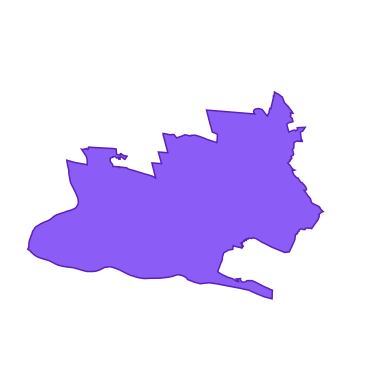 Sēlpils pag., Salas, Latvia, rotated 206°
{"feature_id": "27541924B86071798141499", "entity_name": "Sēlpils pag.", "entity_type": "district", "adm_level": 2, "iso_a3": "LVA", "parent_name": "Latvia", "parent_adm1": "Salas", "projection": "equal_earth", "projection_center": [25.628, 56.531], "detail": "fine", "context": "isolated", "style": "filled", "palette": "violet", "viewbox_px": 384, "rotation_deg": 206, "n_neighbors": 0, "source": "geoboundaries", "source_scale": "gbopen_adm2", "svg_char_len": 5825}
<svg xmlns="http://www.w3.org/2000/svg" viewBox="0 0 384 384"><g transform="rotate(206 192 192)"><path d="M314.6,68.6L312.2,68.3L310.4,67.6L308.3,66.9L305.5,66.2L302.8,65.9L299.3,66.2L295.3,66.8L292.8,67.3L289.5,67.7L282.8,67.5L280.4,67.6L277.1,68.2L273.7,69.1L265.8,71.8L262.1,72.6L254.1,73.9L251.1,74.7L248.4,76.0L245.5,77.5L243.2,79.1L240.9,81.4L237.4,86.0L234.5,87.9L232.3,89.1L229.7,89.6L226.3,90.0L222.7,90.2L219.0,90.1L213.6,90.1L210.5,90.2L203.1,91.4L197.1,93.2L190.9,96.5L183.0,100.5L175.6,105.2L171.9,108.2L170.3,109.9L168.5,111.5L166.1,112.2L163.7,112.7L159.6,112.5L157.5,111.4L156.4,111.5L150.3,112.0L144.2,113.2L140.5,115.7L136.1,118.2L128.9,120.5L119.1,123.1L106.4,126.6L97.9,128.6L89.5,128.9L80.7,129.5L73.2,131.1L74.3,133.7L75.1,135.2L76.7,139.0L78.4,138.8L81.7,138.8L85.1,138.6L87.3,138.6L88.9,138.7L91.3,138.7L94.7,138.8L99.1,138.7L103.6,136.5L105.2,134.1L107.5,133.0L108.3,133.4L109.0,133.6L109.8,134.2L110.1,134.5L110.5,135.1L110.5,135.4L114.1,133.2L110.1,131.9L113.4,131.4L113.7,131.5L114.7,131.6L116.9,131.8L118.1,131.8L121.0,131.3L122.7,131.1L128.8,131.0L131.4,131.2L134.0,131.8L134.9,140.3L134.9,143.2L135.5,145.7L136.1,146.7L136.8,151.2L133.9,155.7L130.5,158.1L130.2,158.4L131.4,161.7L129.1,162.1L124.2,163.2L122.8,163.4L122.4,163.6L122.3,164.0L123.0,164.6L123.0,164.8L122.7,165.1L122.2,165.3L122.1,165.5L122.2,165.9L122.4,165.9L123.4,165.7L123.9,165.9L123.9,166.1L123.5,166.7L123.6,166.9L123.7,167.0L123.9,167.0L124.8,167.1L125.1,167.2L125.3,167.3L124.7,167.5L124.4,167.7L124.5,167.9L125.0,168.1L125.1,168.4L125.0,168.5L124.7,168.8L124.6,169.4L124.5,169.5L123.7,169.9L123.4,170.3L123.5,170.6L124.1,170.5L124.0,170.9L123.4,171.2L123.1,171.5L123.6,171.9L123.7,172.0L123.1,172.6L122.4,172.4L122.1,172.4L122.5,172.9L122.4,173.0L122.1,173.3L122.4,174.0L122.2,174.1L121.5,174.1L121.1,174.2L120.9,174.4L120.8,174.6L120.9,174.9L120.9,175.1L119.9,175.7L118.0,176.4L117.2,177.6L113.6,178.2L106.8,177.5L104.6,177.6L95.9,177.4L82.2,178.3L80.5,179.4L80.5,179.5L78.3,180.8L78.4,185.1L78.3,186.5L78.5,187.6L78.5,190.6L78.6,193.5L78.6,194.0L79.4,196.4L80.2,198.5L80.2,199.2L80.0,199.6L79.5,199.7L79.0,201.1L79.4,201.8L79.5,202.1L79.4,202.3L79.1,202.6L79.2,202.8L79.2,203.2L79.1,203.5L78.8,203.8L78.6,204.0L79.0,204.7L79.0,204.8L79.0,205.0L78.5,205.8L77.7,206.7L77.4,206.9L76.9,207.0L75.9,206.9L74.9,207.3L74.0,207.7L73.9,207.9L74.1,208.2L74.1,208.8L73.8,209.3L72.7,210.2L72.1,210.5L71.0,210.7L70.1,211.2L69.3,211.5L68.4,211.5L67.3,218.5L66.8,220.8L66.6,222.4L66.7,223.2L66.9,225.8L67.9,227.6L68.1,227.6L66.7,230.6L65.5,231.9L68.5,232.8L69.4,233.3L70.4,234.2L71.2,234.6L76.1,234.6L77.6,234.6L79.3,234.7L79.7,234.9L80.6,235.4L80.7,235.7L82.4,237.7L82.8,238.0L86.4,239.5L88.2,240.7L90.5,241.8L92.0,242.5L90.8,243.0L90.5,243.3L90.3,244.9L92.1,246.4L93.8,247.3L97.3,248.7L98.5,248.4L100.6,249.7L103.0,251.0L104.2,250.8L105.1,251.0L106.6,251.6L108.4,252.3L111.1,254.9L109.3,256.7L111.8,256.5L111.9,257.1L113.1,257.4L115.7,259.0L118.7,260.1L117.8,261.9L117.8,262.0L117.4,262.9L117.4,263.5L118.0,263.7L117.0,265.7L117.3,266.4L118.6,267.4L118.0,268.4L117.2,269.4L117.3,270.7L118.2,271.7L118.9,272.7L119.5,273.3L120.4,274.0L119.8,276.0L121.9,281.2L121.5,281.9L120.4,283.3L119.4,284.2L118.5,284.2L115.6,285.5L116.3,285.9L115.4,286.3L116.4,287.2L116.9,287.3L120.8,293.3L119.1,295.5L118.6,299.8L124.8,296.4L125.6,295.8L124.5,294.3L125.6,292.4L126.1,292.8L127.2,292.5L129.0,290.9L131.2,288.3L136.4,294.2L136.1,295.6L135.2,296.8L133.6,298.2L132.1,299.4L132.7,300.4L133.0,300.6L134.3,302.2L136.7,302.8L137.0,304.0L136.7,304.5L138.2,306.2L135.7,307.0L137.5,308.2L143.1,310.9L143.0,311.0L148.0,312.8L152.6,317.1L153.4,317.0L155.3,317.5L156.2,317.5L156.7,317.8L158.3,317.9L159.3,317.7L161.7,318.1L160.3,314.3L161.0,313.9L160.3,312.9L159.2,308.1L157.7,301.6L158.6,301.5L158.1,298.4L157.5,297.0L157.7,295.1L157.6,294.4L157.4,293.7L157.6,293.3L159.1,293.9L165.1,296.9L168.9,296.2L171.2,294.5L171.5,294.1L172.0,293.2L172.1,292.1L172.0,291.5L170.8,289.9L169.9,289.6L214.9,272.0L205.6,261.1L203.4,258.7L200.1,254.8L194.5,255.1L192.9,251.4L191.3,247.3L199.2,246.2L202.3,245.8L205.0,245.7L209.6,245.2L213.9,244.5L217.6,242.6L217.7,241.8L223.5,240.3L225.9,237.5L229.6,233.9L230.3,234.3L231.3,234.7L233.3,235.8L235.0,235.0L236.2,234.2L236.7,233.9L237.9,233.5L239.8,233.1L243.7,232.0L243.2,231.0L230.9,216.7L239.8,213.2L231.8,204.1L240.8,200.6L230.9,188.7L234.9,188.8L239.1,188.2L242.5,187.5L253.6,185.8L259.5,184.7L261.4,185.1L267.9,182.8L267.6,182.5L267.5,182.3L267.6,182.2L268.0,182.0L268.3,182.2L268.7,182.6L274.4,180.3L275.5,182.0L278.8,183.6L280.4,186.6L278.4,188.5L278.7,188.9L276.5,190.3L274.5,189.5L273.5,190.5L273.3,190.8L272.8,190.2L272.3,189.4L271.1,189.9L271.2,190.0L271.4,190.7L272.0,191.2L272.0,191.4L270.5,192.6L267.4,191.8L266.9,191.8L266.8,192.0L266.4,192.6L266.5,192.9L266.2,194.6L266.1,194.9L266.0,195.3L266.0,195.7L266.1,195.8L268.6,195.0L270.6,194.9L272.3,195.4L272.9,195.3L273.0,195.2L273.2,194.8L272.6,193.7L273.8,193.3L275.6,192.9L275.9,192.7L276.4,193.1L276.8,193.8L277.9,195.5L279.0,197.4L281.5,196.7L299.7,189.0L303.7,187.4L304.7,186.9L304.0,185.4L304.2,184.6L304.7,184.3L305.7,185.0L306.9,183.8L307.3,183.7L307.6,183.5L308.1,182.8L308.4,182.5L308.9,182.4L308.8,181.8L309.6,181.8L303.2,178.0L301.7,176.7L300.4,175.1L298.1,170.6L310.5,167.1L318.5,165.7L317.1,163.7L315.6,161.6L312.5,157.8L311.1,155.2L309.4,152.7L307.6,150.2L305.6,147.6L303.7,145.9L301.2,144.1L296.2,140.2L291.8,136.4L290.9,134.9L289.7,133.1L289.1,131.3L289.2,128.8L289.4,127.0L290.5,125.4L291.9,123.7L293.6,121.9L296.1,119.8L298.0,117.6L299.8,116.0L301.6,114.2L303.8,112.0L305.3,109.8L307.6,104.8L309.3,102.6L311.1,100.7L312.8,98.7L314.1,97.0L315.3,95.0L316.7,93.0L317.5,91.0L317.6,89.2L318.0,86.8L317.5,83.9L317.4,81.5L317.1,79.6L316.9,77.3L316.4,75.3L315.5,73.0L314.5,70.5L314.6,68.6Z" fill="#8b5cf6" stroke="#5b21b6" stroke-width="1.5"/></g></svg>